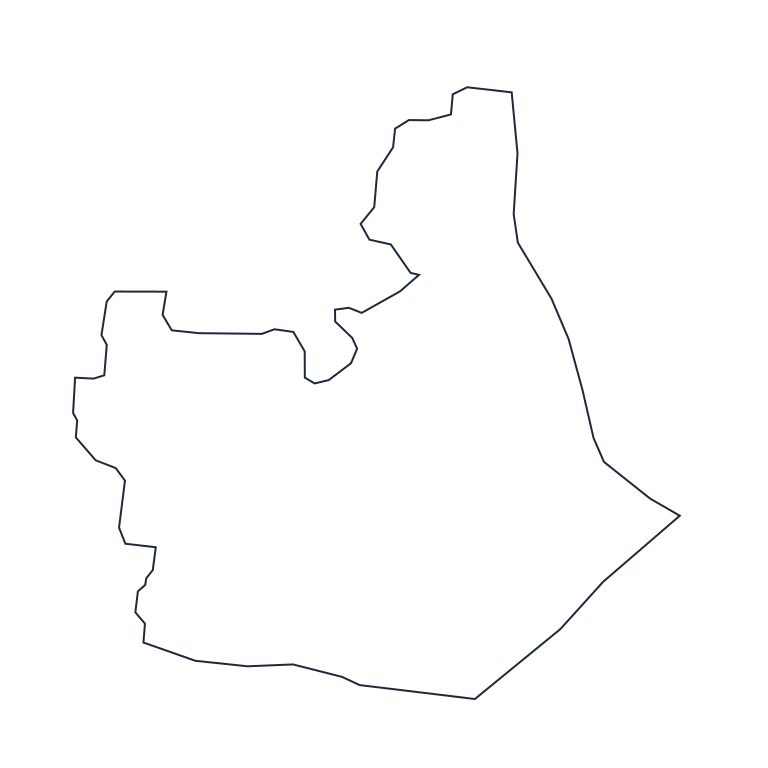 Dungass, Zinder, Niger, rotated 6°
{"feature_id": "23599985B10149369238340", "entity_name": "Dungass", "entity_type": "district", "adm_level": 2, "iso_a3": "NER", "parent_name": "Niger", "parent_adm1": "Zinder", "projection": "mercator", "projection_center": [9.383, 13.215], "detail": "fine", "context": "isolated", "style": "outline", "palette": "slate", "viewbox_px": 768, "rotation_deg": 6, "n_neighbors": 0, "source": "geoboundaries", "source_scale": "gbopen_adm2", "svg_char_len": 1077}
<svg xmlns="http://www.w3.org/2000/svg" viewBox="0 0 768 768"><g transform="rotate(6 384 384)"><path d="M171.8,666.3L225.4,679.0L278.0,679.0L322.8,672.4L373.0,679.7L391.3,686.0L507.3,687.8L585.1,609.2L622.7,557.7L691.9,484.1L660.7,470.2L610.9,438.5L598.0,415.7L582.2,369.7L562.9,320.0L541.7,281.7L502.3,229.4L495.2,201.4L492.7,140.9L480.5,80.6L435.7,80.2L422.1,88.7L422.4,108.9L400.6,117.1L381.2,118.9L368.3,128.9L368.3,147.6L355.1,173.4L355.8,209.2L344.0,227.2L354.4,242.0L376.2,244.5L398.8,270.7L407.4,271.8L390.2,290.2L354.4,315.6L341.1,311.9L327.5,315.2L328.9,327.0L347.5,341.4L353.6,351.7L349.0,366.8L328.6,385.9L314.9,390.7L304.6,385.9L301.7,359.8L288.4,341.7L269.4,341.0L257.3,346.9L194.6,352.8L167.3,352.8L156.6,338.4L158.0,314.9L106.5,320.2L99.6,331.0L97.9,364.9L104.2,374.1L104.9,404.6L94.6,409.0L76.1,410.0L76.8,423.9L77.8,445.3L82.7,452.4L83.1,469.3L105.2,490.0L126.0,495.7L136.5,507.2L135.5,554.6L143.5,569.9L174.1,570.2L173.5,593.2L167.9,602.0L167.5,608.8L160.9,615.9L160.6,637.1L171.3,647.3L171.8,666.3Z" fill="none" stroke="#1e293b" stroke-width="2"/></g></svg>